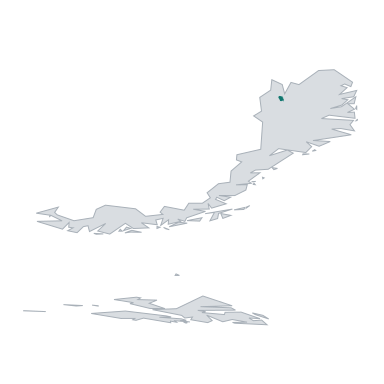 Nittedal nor, Akershus, Norway (highlighted), rotated 184°
{"feature_id": "86288312B73393856679097", "entity_name": "Nittedal nor", "entity_type": "district", "adm_level": 2, "iso_a3": "NOR", "parent_name": "Norway", "parent_adm1": "Akershus", "projection": "equal_earth", "projection_center": [10.849, 60.08], "detail": "fine", "context": "in_parent", "style": "filled", "palette": "teal", "viewbox_px": 384, "rotation_deg": 184, "n_neighbors": 0, "source": "geoboundaries", "source_scale": "gbopen_adm2", "svg_char_len": 4614}
<svg xmlns="http://www.w3.org/2000/svg" viewBox="0 0 384 384"><g transform="rotate(184 192 192)"><path d="M236.6,164.5L219.5,167.6L222.4,169.7L218.5,175.7L198.5,173.3L194.4,180.6L180.9,181.5L173.3,187.5L176.9,192.3L166.2,202.1L154.8,204.4L154.5,215.6L144.5,225.5L149.9,227.1L149.8,232.3L126.4,239.4L126.4,266.7L135.8,272.2L128.3,277.5L131.0,291.1L120.6,299.1L120.2,309.6L109.5,305.5L106.4,296.4L100.9,308.2L92.8,306.6L74.2,322.0L58.7,323.9L39.5,312.7L40.9,308.2L47.2,310.4L50.8,308.4L44.6,306.9L51.6,299.6L34.8,304.8L37.3,298.3L49.3,295.6L43.0,294.9L48.6,289.2L59.8,284.9L48.8,287.5L35.2,298.4L36.4,291.4L42.7,290.9L35.7,285.9L42.5,282.2L35.6,283.0L34.5,276.9L60.6,278.2L68.0,274.3L35.9,274.7L39.1,270.2L34.2,264.3L48.0,265.7L57.1,264.5L37.1,260.2L74.9,251.8L57.6,252.0L68.4,246.5L81.6,250.1L75.8,245.6L81.2,239.3L108.6,241.3L117.3,233.6L99.8,240.5L93.7,237.8L117.6,220.0L130.2,218.3L135.2,215.1L125.6,215.9L136.5,206.7L133.4,204.8L148.6,202.2L137.4,203.1L138.4,197.7L149.1,191.4L164.9,190.4L153.1,189.5L159.2,185.6L166.9,188.5L168.0,186.3L157.1,182.6L171.3,177.3L175.2,181.7L173.6,176.2L189.6,174.9L177.2,173.6L195.5,165.9L197.1,162.2L204.3,164.0L201.2,161.9L213.5,158.2L213.4,162.7L220.9,156.5L219.0,163.7L226.2,161.6L224.4,156.9L240.4,157.8L232.6,153.2L247.9,151.5L256.3,156.1L271.1,144.3L283.3,146.5L275.9,154.6L291.5,145.4L293.4,151.1L297.9,149.9L303.8,143.4L313.3,144.7L308.1,148.0L312.5,148.2L312.5,153.0L318.6,145.9L344.6,151.9L319.6,154.2L331.2,158.9L345.9,160.0L324.3,167.6L327.6,162.1L324.9,159.8L307.7,155.1L288.8,159.5L286.3,168.0L277.4,172.8L247.1,171.3L236.6,164.5ZM167.2,62.8L184.3,64.5L182.8,67.3L190.4,65.8L193.7,68.2L223.2,71.9L199.4,74.5L173.9,89.0L144.0,81.3L175.5,78.2L144.9,79.2L140.4,77.2L178.0,74.3L170.1,73.6L173.7,72.4L151.1,72.0L150.6,74.3L134.6,75.6L115.3,70.4L126.4,70.3L121.8,67.9L113.6,69.1L107.9,64.8L140.1,64.1L142.5,64.7L128.0,66.0L143.0,67.6L152.3,64.7L168.8,70.2L162.9,65.1L167.2,62.8ZM204.1,60.1L231.6,62.8L238.9,60.1L242.2,60.4L240.3,61.9L253.8,60.9L284.1,63.8L250.2,68.6L209.0,66.6L204.1,65.9L215.8,64.8L193.8,64.7L188.7,63.6L195.1,62.9L185.0,62.2L200.2,62.4L198.3,61.0L204.5,61.7L204.1,60.1ZM225.7,72.9L246.1,76.3L242.6,77.5L262.3,79.3L240.0,83.2L235.9,82.8L238.5,80.9L219.4,81.7L226.9,78.0L210.9,73.8L225.7,72.9ZM168.2,173.2L177.4,171.3L150.5,177.8L164.0,172.5L164.6,167.3L172.1,164.5L168.2,173.2ZM182.3,163.5L195.0,163.1L180.3,167.0L182.3,163.5ZM194.6,160.6L212.4,155.7L203.2,160.9L194.6,160.6ZM106.6,70.7L120.3,74.1L123.4,75.6L112.7,73.9L106.6,70.7ZM159.4,167.8L161.7,172.5L151.6,171.4L159.4,167.8ZM256.1,146.5L249.4,149.6L239.5,148.3L250.7,147.7L256.1,146.5ZM257.6,148.7L254.9,152.4L250.6,151.4L257.6,148.7ZM139.0,178.2L148.8,177.1L138.2,180.3L139.0,178.2ZM351.4,61.9L329.5,62.5L352.1,61.7L351.4,61.9ZM299.5,70.2L312.4,70.7L293.0,71.1L299.5,70.2ZM277.5,144.0L284.6,143.2L287.1,143.9L277.5,144.0ZM262.2,147.8L261.0,149.8L258.9,148.1L262.2,147.8ZM224.4,153.2L224.5,155.2L221.6,154.5L224.4,153.2ZM203.0,107.6L202.2,109.2L198.7,107.9L203.0,107.6ZM283.8,72.2L277.8,72.0L277.2,71.6L283.8,72.2ZM111.9,220.0L113.8,221.9L108.4,221.5L111.9,220.0ZM212.0,152.8L215.7,153.5L217.9,154.7L212.0,152.8ZM188.8,60.8L191.4,61.6L187.5,61.3L188.8,60.8ZM83.9,237.8L77.6,238.1L84.2,236.9L83.9,237.8ZM74.9,241.1L72.5,242.8L71.5,242.0L74.9,241.1ZM136.7,180.7L133.4,182.5L136.9,179.6L136.7,180.7ZM34.6,286.8L33.7,289.7L33.4,285.9L34.6,286.8ZM130.8,205.2L129.4,203.7L131.4,203.8L130.8,205.2ZM332.5,157.0L332.0,158.6L331.7,158.3L332.5,157.0ZM132.6,206.6L129.1,207.0L133.3,206.3L132.6,206.6ZM122.3,210.1L122.7,211.6L121.0,211.1L122.3,210.1ZM33.4,274.5L31.9,276.3L32.3,274.8L33.4,274.5Z" fill="#d9dde1" stroke="#a8b0b8" stroke-width="1"/><path d="M110.6,290.9L110.5,290.7L110.4,290.7L110.3,290.4L110.2,290.3L109.9,290.3L109.9,290.2L109.9,289.9L109.7,290.0L109.6,289.9L109.5,290.0L109.3,290.0L109.2,290.0L109.2,289.9L108.9,289.9L108.8,290.0L108.7,290.2L108.7,290.3L108.7,290.5L108.4,290.4L108.4,290.5L108.4,290.4L108.3,290.5L108.2,290.4L107.9,290.4L107.9,290.5L107.8,290.4L107.8,290.5L107.7,290.5L107.7,290.8L107.8,290.9L107.9,291.0L108.0,290.9L108.3,290.9L108.5,290.9L108.5,291.0L108.5,291.3L108.7,291.5L108.8,291.5L109.0,291.8L109.3,291.8L109.3,292.0L109.2,292.3L109.3,292.3L109.2,292.4L109.3,292.4L109.3,292.5L109.4,292.4L109.5,292.5L109.6,292.8L109.8,292.8L110.0,292.9L110.1,293.0L110.3,293.1L110.5,293.1L110.8,293.1L111.1,293.2L111.3,293.1L111.5,293.0L111.6,292.9L111.6,292.7L111.4,292.7L111.3,292.4L111.3,292.2L111.2,292.1L110.9,292.0L110.8,291.9L110.8,291.7L110.7,291.4L110.8,291.4L110.7,291.3L110.7,291.2L110.6,290.9L110.6,290.9Z" fill="#14b8a6" stroke="#0f766e" stroke-width="1.5"/></g></svg>